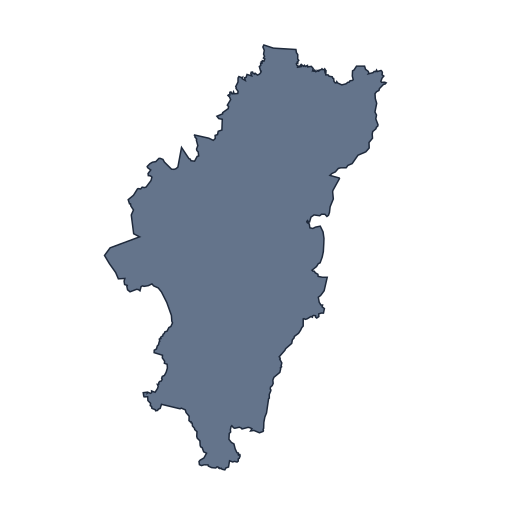 Nochistlán de Mejía, Zacatecas, Mexico (Albers equal-area conic projection), rotated 173°
{"feature_id": "50627088B22182253639987", "entity_name": "Nochistlán de Mejía", "entity_type": "district", "adm_level": 2, "iso_a3": "MEX", "parent_name": "Mexico", "parent_adm1": "Zacatecas", "projection": "albers", "projection_center": [-102.872, 21.436], "detail": "fine", "context": "isolated", "style": "filled", "palette": "slate", "viewbox_px": 512, "rotation_deg": 173, "n_neighbors": 0, "source": "geoboundaries", "source_scale": "gbopen_adm2", "svg_char_len": 6082}
<svg xmlns="http://www.w3.org/2000/svg" viewBox="0 0 512 512"><g transform="rotate(173 256 256)"><path d="M374.8,311.9L374.7,293.0L369.2,289.2L399.8,281.9L406.3,275.0L402.5,266.4L397.3,256.7L395.4,250.1L388.9,249.7L390.0,247.1L389.9,243.7L387.4,242.5L387.9,241.6L387.6,238.1L385.4,235.8L378.6,237.5L376.8,237.0L375.4,235.6L373.8,239.6L372.2,240.2L370.9,239.5L366.5,239.7L362.7,241.0L361.2,238.8L356.9,236.2L354.2,231.8L350.2,220.7L347.2,207.3L347.5,201.6L347.0,199.8L349.1,196.4L351.2,195.6L353.5,192.2L355.6,191.9L356.6,190.2L357.8,189.6L358.3,188.0L360.0,187.4L361.1,186.0L360.7,185.6L362.1,185.3L362.0,182.9L362.6,182.6L363.6,179.8L365.0,178.7L366.1,175.9L368.5,174.9L368.9,172.5L360.9,168.9L361.4,166.3L359.5,162.7L360.0,160.7L357.4,159.4L357.6,155.6L359.4,151.5L361.5,148.6L363.7,147.9L364.6,146.0L364.1,145.0L365.5,143.3L367.0,143.2L367.9,142.2L368.2,140.6L369.6,140.7L368.9,138.7L369.9,136.5L372.8,133.0L376.1,134.8L376.2,133.2L377.4,132.5L379.7,133.8L380.7,133.1L380.5,134.1L384.6,134.1L384.5,130.7L384.2,129.8L380.7,129.5L380.9,125.6L378.6,122.6L379.2,120.4L378.0,119.4L377.9,117.5L374.7,115.7L374.5,114.6L372.5,114.7L371.7,115.8L369.7,116.4L367.9,120.3L350.0,113.6L348.7,114.1L344.9,111.9L344.5,109.2L341.9,105.1L342.6,100.8L341.4,99.4L340.7,99.4L340.7,98.3L339.7,97.8L339.8,95.1L338.0,92.4L338.0,91.2L336.0,88.9L336.8,84.1L336.5,82.3L334.2,79.4L334.5,74.9L334.2,73.3L332.8,72.4L331.8,68.0L329.1,66.3L332.3,61.9L336.3,60.2L337.6,59.0L337.6,55.8L335.6,54.6L333.0,55.1L329.1,54.5L328.9,53.3L325.9,51.4L321.8,50.5L320.3,51.5L319.4,51.2L319.0,50.1L318.1,50.2L317.7,49.3L316.4,49.6L315.7,48.5L313.0,47.5L311.7,49.3L309.0,49.9L307.2,56.0L304.2,54.4L302.5,54.8L299.9,53.8L298.6,54.6L298.4,56.7L297.3,57.2L296.2,59.3L296.2,60.7L297.7,60.5L297.9,61.0L297.3,61.9L297.5,62.6L298.9,63.1L300.2,67.2L300.8,72.2L303.1,73.9L305.2,77.3L304.2,83.1L302.6,84.4L302.6,86.7L301.5,89.8L300.7,90.5L299.2,88.2L298.1,87.6L293.4,88.1L291.3,86.8L291.0,86.0L284.7,86.9L282.8,86.2L281.1,85.1L282.7,83.0L279.3,83.1L274.1,80.1L270.4,81.0L269.9,81.6L270.1,83.0L269.4,84.0L268.5,89.9L266.8,95.2L264.7,98.9L260.9,112.8L260.1,113.3L259.7,117.0L257.9,120.1L257.5,121.2L258.1,122.2L257.6,124.1L255.7,125.4L254.5,127.4L254.4,130.8L253.0,133.4L246.5,137.6L245.2,141.2L245.5,141.9L244.1,142.9L244.5,143.8L243.4,146.7L245.0,150.7L244.5,151.0L244.7,152.4L245.3,153.1L238.8,158.9L237.9,160.4L231.2,164.9L230.1,168.4L228.3,169.9L227.7,171.5L223.2,174.1L220.8,176.9L219.3,179.3L217.7,180.7L216.8,187.8L216.0,188.0L214.8,187.1L212.9,187.4L208.9,189.2L207.5,188.4L207.3,189.5L206.2,190.0L204.2,189.5L204.3,188.0L203.3,187.0L201.0,188.2L200.8,190.9L198.1,191.4L196.0,191.1L194.5,195.5L196.6,197.5L195.9,199.2L197.6,199.5L198.9,202.4L199.2,207.5L196.7,208.9L192.6,213.2L187.9,226.2L192.7,226.8L196.8,228.2L196.8,230.3L199.3,232.2L199.9,233.7L201.4,234.1L202.1,235.1L197.2,238.2L195.1,240.8L193.2,241.4L190.4,246.9L188.6,252.2L187.2,260.1L186.4,265.2L186.5,271.7L188.6,277.8L193.5,277.4L196.2,276.4L199.1,277.4L199.2,281.3L201.2,283.0L201.4,284.1L200.5,284.9L199.8,283.3L198.7,283.2L196.7,287.9L193.4,289.7L187.9,288.2L185.8,289.5L182.5,289.0L180.8,286.6L179.1,287.6L177.8,290.2L176.4,295.9L172.3,303.2L172.1,310.5L171.6,311.8L163.7,322.7L163.9,323.3L172.8,327.0L170.7,328.6L167.0,329.8L163.6,332.9L161.2,333.2L155.7,332.6L153.8,334.7L149.3,336.0L142.5,343.6L134.3,346.0L130.5,349.4L130.0,354.9L126.0,358.7L125.8,362.8L125.0,365.3L121.5,367.6L120.8,369.1L119.3,370.1L118.9,371.4L120.4,377.5L119.2,381.2L120.4,384.4L117.6,392.8L118.4,397.7L118.1,402.6L116.3,404.4L113.8,405.3L113.1,407.1L108.4,410.9L107.0,410.9L105.7,412.0L107.0,412.8L110.2,413.1L110.8,414.1L109.2,417.2L107.2,419.0L108.8,420.5L108.2,422.6L108.5,423.9L109.3,424.9L113.1,424.3L113.7,425.9L114.7,424.4L116.2,424.8L117.5,423.7L122.3,423.1L121.7,423.8L122.1,425.6L124.5,427.9L125.1,431.2L133.1,432.2L136.0,428.7L137.6,428.0L138.5,422.9L138.0,419.2L139.0,418.5L141.3,418.5L142.3,417.2L143.7,417.2L145.8,415.9L150.0,415.4L153.9,417.8L154.6,419.2L155.2,418.1L156.2,418.1L157.3,419.7L157.3,422.7L158.1,423.0L158.5,424.6L161.5,425.5L162.4,427.0L164.7,427.3L164.1,430.5L165.1,429.8L165.2,431.3L164.4,432.1L165.0,433.4L165.7,432.7L167.1,432.9L167.7,433.8L168.5,433.1L170.9,432.7L170.7,432.2L171.5,431.8L172.7,432.7L172.9,432.1L174.2,431.6L175.0,433.3L175.6,432.3L176.2,432.4L176.4,433.4L177.2,433.0L176.4,435.2L178.0,437.5L181.7,437.4L181.7,438.9L184.0,438.1L184.7,439.4L185.7,438.5L187.8,440.7L189.1,439.5L187.7,439.2L187.8,438.5L192.5,438.2L190.4,438.9L192.3,440.5L192.5,441.9L191.9,442.1L191.5,443.1L191.0,442.5L190.8,443.9L189.7,445.0L190.6,446.4L190.0,450.8L191.1,452.9L191.2,456.1L213.4,460.2L222.5,464.5L223.7,462.6L222.7,459.1L223.9,455.4L223.2,453.2L224.5,451.6L223.2,450.6L224.4,448.4L225.9,449.1L226.1,448.0L227.0,448.1L226.7,446.6L227.9,446.8L228.1,444.5L229.6,443.7L228.9,439.0L228.3,438.8L228.9,437.5L230.4,436.1L232.5,435.4L234.5,437.4L235.1,436.8L235.4,437.4L236.7,437.4L237.0,439.0L238.4,439.0L238.9,437.6L238.3,435.3L242.8,437.3L244.0,434.6L245.6,434.3L245.2,431.5L248.1,433.7L247.6,435.0L248.2,434.7L251.1,436.2L252.1,434.9L252.7,430.8L255.5,426.6L255.1,425.6L255.4,424.7L253.7,421.6L254.3,419.5L257.9,419.7L258.3,421.6L259.3,419.8L260.2,420.0L260.9,421.9L262.0,421.7L262.3,419.1L263.7,419.3L264.3,418.8L262.9,417.1L262.1,414.3L266.1,409.2L265.0,407.7L265.6,405.7L271.6,402.4L271.8,401.2L277.8,399.5L276.2,396.9L272.8,395.8L274.5,385.2L278.3,384.4L279.4,381.2L281.9,380.7L282.1,377.6L284.3,376.0L288.5,378.7L302.8,383.8L301.9,382.8L302.1,381.5L300.6,379.3L301.1,378.4L300.3,372.6L302.0,369.4L301.8,367.8L300.7,366.4L300.7,362.3L302.3,362.0L305.4,357.6L309.0,358.5L309.4,360.1L310.7,360.8L316.7,372.8L322.7,353.8L324.8,352.4L326.6,352.0L329.2,352.4L335.5,360.4L336.6,363.2L339.2,364.6L340.5,364.7L343.9,361.9L347.4,361.7L350.1,360.5L353.1,358.1L352.8,356.9L350.0,354.2L353.1,351.0L353.1,348.9L351.0,348.4L349.7,347.0L351.0,343.7L356.7,337.8L358.4,337.5L360.6,338.2L362.3,336.6L364.8,337.3L365.5,337.0L370.2,331.2L376.0,327.5L375.2,323.2L374.2,323.1L374.1,320.9L372.0,316.6L374.8,311.9Z" fill="#64748b" stroke="#1e293b" stroke-width="1.5"/></g></svg>